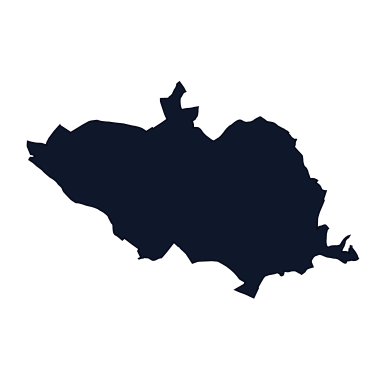 outline of Madaras, Mures, Romania, rotated 355°
{"feature_id": "2599482B13293210118033", "entity_name": "Madaras", "entity_type": "district", "adm_level": 2, "iso_a3": "ROU", "parent_name": "Romania", "parent_adm1": "Mures", "projection": "mercator", "projection_center": [24.418, 46.612], "detail": "fine", "context": "isolated", "style": "filled", "palette": "ink", "viewbox_px": 384, "rotation_deg": 355, "n_neighbors": 0, "source": "geoboundaries", "source_scale": "gbopen_adm2", "svg_char_len": 6059}
<svg xmlns="http://www.w3.org/2000/svg" viewBox="0 0 384 384"><g transform="rotate(355 192 192)"><path d="M293.3,141.3L292.4,140.1L292.0,139.8L290.7,139.0L288.7,137.4L286.8,136.3L284.4,134.7L283.5,134.2L282.3,133.1L281.7,132.3L281.2,132.0L280.9,131.7L279.6,130.6L277.5,129.8L274.4,129.0L273.2,128.6L272.1,128.0L270.8,126.7L270.2,126.1L268.6,125.0L267.8,124.2L267.1,123.6L266.6,123.3L266.3,123.3L265.9,123.4L264.9,123.9L262.9,124.6L262.3,124.9L261.8,125.2L260.7,125.7L260.2,126.0L259.9,126.4L259.5,126.6L256.6,127.5L255.9,127.6L255.1,127.6L254.5,127.5L252.4,127.7L251.3,127.4L250.0,126.9L249.0,126.3L247.4,125.2L246.2,124.7L245.1,124.7L243.1,125.3L240.0,127.0L237.5,128.8L235.6,129.6L234.9,130.1L232.5,132.0L230.6,133.9L228.8,136.0L226.1,138.7L223.8,140.5L222.0,141.4L221.2,141.8L218.5,143.2L218.0,143.3L216.8,142.7L215.6,141.9L212.4,139.0L211.6,138.3L210.7,137.5L208.9,135.4L207.7,133.8L206.7,132.0L205.7,130.4L205.2,129.9L204.3,129.1L203.9,128.8L203.4,128.6L202.4,128.4L198.9,128.0L199.1,125.0L198.8,122.9L198.3,121.1L200.8,120.0L201.6,119.4L202.0,118.6L203.6,116.7L204.0,115.6L204.7,112.7L204.9,110.6L205.1,109.2L205.5,107.9L201.1,108.2L199.9,108.5L196.6,108.7L194.2,108.6L192.6,108.8L192.4,108.7L191.9,108.8L189.6,109.1L189.3,109.1L188.7,108.7L188.1,107.4L187.8,105.2L187.7,104.2L187.7,102.0L187.8,100.1L188.1,98.6L188.0,98.4L188.2,97.6L188.4,97.2L189.4,96.0L191.3,93.2L192.2,92.2L192.7,91.9L194.4,91.3L194.0,90.7L193.2,88.7L192.9,87.9L192.5,87.1L189.1,81.3L188.1,82.0L187.2,82.5L186.7,82.9L186.4,83.3L186.2,84.2L186.1,84.8L185.5,85.9L185.3,86.5L183.3,89.1L182.8,90.1L181.9,91.5L181.5,92.6L179.9,94.1L177.5,95.7L176.9,96.8L168.9,96.3L168.7,98.9L169.0,100.5L171.7,111.9L173.6,117.4L168.2,120.6L158.8,125.6L158.0,124.6L151.4,128.0L150.6,126.9L147.7,124.7L146.0,123.8L143.6,122.8L140.4,121.8L137.7,121.1L129.5,118.4L121.4,116.8L114.9,115.3L113.1,115.1L107.9,114.1L103.5,112.5L97.8,112.7L95.3,113.2L89.2,115.9L76.8,122.1L76.5,122.4L69.4,116.8L67.2,115.1L66.4,114.6L66.2,113.9L60.0,119.8L54.3,126.2L53.3,127.9L52.2,129.4L51.3,131.6L51.2,132.8L46.4,130.7L41.4,130.0L39.7,129.6L35.9,128.5L32.7,127.2L32.1,131.0L32.1,132.5L34.0,138.4L34.5,140.0L34.5,140.3L36.9,141.0L38.7,142.4L37.4,143.5L35.6,144.1L34.3,143.5L33.4,144.1L32.5,145.6L36.5,148.8L39.6,152.1L44.6,156.6L45.4,157.6L46.3,158.8L47.1,159.7L52.0,164.7L53.5,165.7L54.6,166.5L57.2,168.9L58.2,170.1L59.7,172.5L62.5,175.6L62.9,176.3L63.2,177.0L63.5,178.2L63.9,179.3L64.4,180.4L64.7,180.9L68.0,185.1L70.5,188.2L71.1,188.9L73.3,190.7L75.4,192.3L75.8,192.4L77.3,192.5L79.6,193.2L82.4,194.3L85.5,195.7L90.7,197.4L93.0,198.3L94.1,198.8L96.0,199.8L96.9,200.1L97.2,200.3L97.3,200.6L98.4,201.5L102.2,204.1L105.4,207.2L106.2,208.2L106.8,209.4L106.9,209.7L106.9,210.2L107.1,210.7L109.3,215.9L110.4,217.2L110.5,217.6L110.5,218.2L110.5,219.4L110.4,221.2L110.4,222.8L110.5,224.9L110.7,226.0L111.6,227.6L112.7,228.4L113.2,228.6L115.3,230.5L118.4,233.7L120.6,231.9L128.4,239.0L134.2,243.9L133.7,245.1L133.1,245.9L132.9,246.1L135.4,252.6L133.1,253.7L133.4,254.0L134.8,253.6L136.6,253.3L137.4,253.4L137.9,253.3L138.4,252.9L142.9,253.6L145.7,255.7L147.2,256.5L148.1,256.5L149.7,256.2L152.7,255.0L154.1,254.7L155.9,254.6L161.1,249.5L169.6,240.4L173.6,244.8L174.7,245.4L175.2,245.9L175.5,246.6L176.6,248.0L178.2,249.7L180.3,252.1L181.2,253.2L181.9,254.7L183.7,257.9L186.2,262.8L191.9,261.3L205.9,261.9L211.5,262.9L212.5,263.4L216.1,265.8L220.1,268.7L223.8,272.1L226.9,275.4L230.0,279.5L231.8,282.5L232.9,283.4L235.1,285.0L237.1,286.1L236.0,288.7L235.4,288.9L226.4,293.1L230.8,295.5L236.0,297.9L244.3,302.7L249.6,293.5L248.9,293.1L253.3,286.7L255.4,283.8L257.2,282.0L259.7,281.3L261.7,280.8L264.5,280.6L266.9,280.3L269.1,279.8L269.6,279.8L270.2,279.7L270.7,279.8L271.6,280.7L272.0,280.8L272.6,281.2L272.6,281.6L272.9,281.8L272.8,282.3L273.2,282.8L273.6,283.1L274.2,283.1L275.0,282.8L275.7,282.4L276.0,281.6L276.5,279.9L276.6,278.6L279.0,279.3L280.6,279.6L282.1,279.5L283.4,279.2L284.7,279.0L286.4,279.1L287.7,279.3L288.7,279.6L291.6,281.7L292.8,282.3L294.0,283.4L297.2,281.4L298.2,280.3L298.9,279.3L299.7,278.7L301.1,278.1L302.7,277.7L306.0,277.1L304.8,273.3L304.6,272.5L304.6,271.4L304.8,270.5L305.9,268.9L307.0,267.5L308.1,266.6L309.6,265.8L310.2,265.8L310.8,265.7L312.5,265.1L313.8,265.0L314.4,265.1L315.6,265.6L317.0,266.3L318.7,267.2L320.6,268.1L321.6,268.5L323.8,268.9L325.5,269.4L326.6,269.8L329.4,270.3L330.2,270.6L331.4,271.0L332.2,271.5L336.6,275.1L337.8,275.9L338.7,276.1L339.1,276.0L339.5,275.4L339.7,274.8L340.0,274.2L340.4,274.0L342.5,274.0L344.5,273.7L345.0,273.7L345.7,273.8L346.5,274.1L348.9,274.2L350.3,273.8L351.9,272.8L351.3,271.6L350.8,269.4L349.3,266.2L347.3,263.0L346.3,261.7L346.5,260.0L345.2,259.4L344.3,263.0L343.7,262.5L343.1,265.3L342.8,266.4L342.5,266.6L342.2,266.3L342.0,265.7L341.2,265.3L339.5,264.8L338.9,264.8L338.6,265.1L338.0,265.1L337.8,264.8L336.1,264.7L336.0,264.4L336.0,263.4L337.4,260.7L338.5,259.2L339.8,256.2L340.3,254.1L341.5,252.6L343.0,251.3L343.7,251.2L345.1,249.3L343.2,249.7L341.4,250.8L339.7,252.1L337.6,254.4L336.0,256.6L335.1,257.7L334.1,258.2L331.5,258.4L329.4,258.2L327.7,258.1L325.8,258.2L323.0,259.0L322.2,258.8L321.4,257.7L321.0,256.0L320.9,253.0L321.3,250.5L322.0,245.4L323.4,241.2L324.7,240.2L322.7,237.3L322.1,236.7L321.5,236.6L320.9,236.5L317.6,237.5L316.4,237.5L315.5,237.7L314.2,239.9L313.4,239.7L314.2,232.5L314.8,228.5L316.5,224.1L317.6,221.8L319.5,218.3L321.9,213.7L322.8,211.8L322.0,211.3L325.7,202.6L324.7,202.5L323.8,202.3L323.0,202.0L322.0,201.5L321.0,200.5L321.1,200.1L320.1,197.4L319.3,196.3L318.3,195.3L316.2,193.5L318.0,191.5L316.8,190.6L314.7,189.5L312.7,189.2L312.1,189.3L311.9,189.3L311.2,189.5L310.9,189.1L310.6,188.4L310.2,187.4L309.8,185.4L309.2,183.5L308.9,181.2L308.1,179.0L307.7,178.2L306.6,177.1L305.5,175.3L304.9,171.6L305.0,169.0L304.9,165.8L304.5,165.0L300.5,159.9L297.8,156.2L297.9,155.6L298.5,154.4L298.8,153.6L298.9,152.2L299.2,151.0L299.6,150.0L300.5,148.9L300.3,148.6L299.5,148.8L298.4,148.6L296.6,147.2L295.9,146.5L295.0,145.2L294.4,144.0L293.2,142.6L292.7,141.5L293.3,141.3Z" fill="#0f172a" stroke="#020617" stroke-width="1.5"/></g></svg>